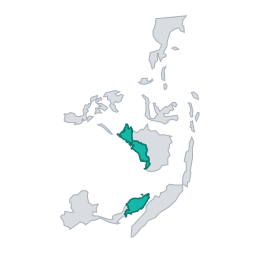 Malaysia shown with its bordering countries, rotated 267°
{"feature_id": "MYS", "entity_name": "Malaysia", "entity_type": "country or territory", "adm_level": 0, "iso_a3": "MYS", "parent_name": "Asia", "parent_adm1": "", "projection": "albers", "projection_center": [110.864, 4.107], "detail": "fine", "context": "with_neighbors", "style": "filled", "palette": "teal", "viewbox_px": 256, "rotation_deg": 267, "n_neighbors": 4, "source": "natural_earth", "source_scale": "50m", "svg_char_len": 10207}
<svg xmlns="http://www.w3.org/2000/svg" viewBox="0 0 256 256"><g transform="rotate(267 128 128)"><path d="M235.7,161.6L237.0,192.0L232.6,188.4L227.7,187.6L226.6,189.0L220.5,189.3L222.4,185.5L225.4,184.1L224.0,179.1L221.5,175.2L212.2,171.6L208.2,171.3L200.9,167.2L199.6,169.5L197.8,170.0L196.7,168.3L196.6,166.2L192.9,164.0L198.0,162.2L201.4,162.2L200.9,161.0L194.0,161.1L192.0,158.4L187.7,157.6L185.7,155.3L192.0,154.0L194.4,152.4L202.1,154.2L204.5,163.5L209.5,166.1L213.3,161.0L218.6,158.0L222.9,157.9L230.6,160.9L235.7,161.6ZM160.0,193.1L160.6,195.4L157.5,198.9L153.4,200.0L152.8,199.4L155.3,195.0L160.0,193.1ZM204.0,182.8L203.4,179.3L205.2,176.0L206.3,177.3L206.4,179.6L204.0,182.8ZM125.5,132.3L122.8,136.6L126.3,141.1L125.5,143.3L130.9,147.6L125.3,148.2L123.7,151.4L123.9,155.7L119.4,159.0L119.3,163.7L117.5,170.9L116.8,169.2L111.4,171.3L109.5,168.5L106.1,168.2L103.7,166.7L98.1,168.4L96.3,166.2L89.3,165.9L88.6,159.6L86.2,158.3L83.9,154.2L83.3,150.1L83.8,145.7L86.7,142.6L87.4,145.7L90.7,148.4L93.7,147.4L96.8,147.8L99.5,145.4L101.8,145.0L106.3,146.3L110.1,145.2L112.5,138.6L114.3,137.0L115.9,131.6L125.5,132.3ZM180.4,164.2L185.7,165.5L187.5,169.0L183.4,167.2L173.5,167.2L174.5,164.6L180.4,164.2ZM168.6,169.2L165.3,168.4L164.4,166.4L169.2,166.0L170.4,167.6L168.6,169.2ZM173.1,140.9L173.5,143.5L176.3,143.8L176.8,145.8L176.6,149.9L174.1,149.5L173.5,152.4L175.5,154.8L174.2,155.4L172.2,152.5L170.7,146.5L171.5,142.7L173.1,140.9ZM143.5,146.9L154.9,147.2L159.6,143.7L160.4,144.7L156.7,149.5L153.1,150.5L148.6,149.6L136.5,150.7L135.9,154.3L140.2,158.4L142.7,156.2L151.6,154.5L151.2,156.7L149.1,156.0L147.1,158.8L142.9,160.7L147.5,166.7L146.7,168.3L151.0,173.6L151.1,176.7L148.5,178.1L146.6,176.5L148.9,172.7L144.2,174.5L143.0,173.3L143.6,171.4L140.1,168.7L140.4,164.1L137.3,165.6L138.0,177.8L135.0,178.5L132.9,177.1L134.3,172.8L133.5,168.3L131.5,168.3L130.0,165.1L131.9,162.0L134.8,151.1L135.8,149.1L139.8,145.6L143.5,146.9ZM137.6,199.7L131.2,196.6L135.7,195.6L139.9,198.4L139.7,199.6L137.6,199.7ZM142.6,191.7L145.7,191.3L150.0,189.6L149.3,192.1L142.2,193.6L135.8,193.1L135.7,191.4L139.5,190.4L142.6,191.7ZM127.8,191.1L130.7,190.7L131.9,192.6L120.5,194.2L122.1,191.6L124.8,191.5L126.0,189.8L127.8,191.1ZM81.0,182.2L81.6,183.9L90.8,184.3L91.8,182.4L100.7,184.7L102.5,187.7L109.6,188.5L115.5,191.2L110.1,193.0L104.8,191.2L95.5,191.0L81.9,187.9L79.9,188.5L71.2,186.5L70.4,184.5L66.0,184.1L69.3,179.7L75.1,180.0L81.0,182.2ZM61.5,157.1L62.3,160.3L63.9,163.0L67.4,163.4L69.7,166.4L68.5,172.3L68.2,179.5L62.9,179.5L58.9,175.6L52.9,171.7L47.3,165.0L41.4,154.8L37.3,150.8L34.3,143.0L30.1,139.9L27.7,135.8L24.2,133.1L19.3,127.8L19.0,125.4L29.3,126.7L44.0,141.8L48.8,141.9L52.7,145.2L55.4,149.2L59.0,151.4L57.1,155.3L59.8,156.9L61.5,157.1Z" fill="#d9dde1" stroke="#a8b0b8" stroke-width="1"/><path d="M66.0,84.6L61.7,83.9L55.6,84.7L52.6,88.6L53.7,94.3L49.5,92.1L45.5,92.1L46.2,88.4L42.1,88.4L41.7,93.5L37.5,104.5L37.7,107.9L40.8,108.1L42.6,112.5L43.4,116.6L46.0,119.3L48.9,119.9L51.3,122.4L49.7,124.3L46.6,124.8L46.3,122.4L42.4,120.3L41.6,121.1L39.8,119.3L39.0,116.9L34.3,111.9L33.5,114.7L32.7,112.0L34.7,104.6L39.6,95.5L37.9,91.2L37.5,86.4L33.4,80.3L35.0,79.4L36.7,75.4L29.8,64.9L31.8,64.1L34.0,59.1L37.2,59.0L42.6,56.0L44.6,57.5L44.8,60.2L48.0,60.5L46.8,65.3L46.8,69.4L51.8,66.7L53.1,67.5L55.9,67.4L56.8,65.8L60.3,66.2L63.8,69.9L64.1,74.5L67.8,78.6L67.6,82.5L66.0,84.6Z" fill="#d9dde1" stroke="#a8b0b8" stroke-width="1"/><path d="M140.9,94.0L136.5,88.2L140.5,88.3L142.1,90.0L140.9,94.0ZM146.3,105.7L148.4,103.1L148.9,100.2L151.4,99.8L150.7,103.0L154.1,98.4L153.8,102.9L149.2,108.9L146.3,105.7ZM164.3,107.4L166.0,117.3L164.5,121.7L162.7,116.9L160.5,119.3L162.1,122.8L160.8,125.0L155.2,122.4L153.8,118.9L155.2,116.7L152.2,114.5L150.8,116.5L148.5,116.3L145.1,119.0L144.3,117.6L146.1,113.6L151.6,110.4L153.3,112.5L156.8,111.2L157.5,109.1L160.8,108.9L160.5,105.2L164.3,107.4ZM128.2,107.8L122.0,112.3L124.2,109.0L130.4,102.8L132.8,98.1L133.6,101.9L128.2,107.8ZM145.5,66.0L144.8,67.9L146.4,71.2L145.3,75.1L142.5,76.6L141.9,80.4L143.0,84.1L145.4,84.6L147.5,84.0L153.3,86.5L152.9,89.0L154.5,90.1L154.0,92.3L150.4,90.1L148.6,87.6L147.4,89.4L144.4,86.6L140.2,87.4L137.9,86.4L138.1,84.4L139.5,83.2L138.1,82.2L137.5,83.8L135.2,81.2L134.5,79.2L134.3,74.7L136.1,76.2L136.5,69.0L138.0,64.8L140.8,64.8L143.7,66.1L145.1,64.9L145.5,66.0ZM144.6,97.7L143.8,95.5L146.7,96.9L149.6,96.8L149.6,98.8L144.5,102.3L144.6,97.7ZM160.7,93.9L162.1,99.2L158.5,98.0L159.8,102.4L157.6,103.5L157.4,100.2L155.9,100.0L155.2,97.2L157.9,97.5L157.8,95.7L154.9,92.2L159.4,92.2L160.7,93.9Z" fill="#d9dde1" stroke="#a8b0b8" stroke-width="1"/><path d="M113.9,126.2L113.5,131.6L111.2,131.4L110.2,133.0L108.1,130.6L113.9,126.2Z" fill="#d9dde1" stroke="#a8b0b8" stroke-width="1"/><path d="M124.0,132.2L123.8,132.2L123.4,132.1L122.6,131.6L121.8,131.4L120.5,131.4L119.9,131.3L119.6,131.4L119.3,131.4L119.2,131.3L118.5,131.6L118.3,131.5L118.1,131.4L117.7,131.3L117.2,131.4L116.7,131.7L116.1,131.4L115.9,131.4L115.8,131.5L115.5,131.8L115.1,132.1L114.8,132.7L114.7,133.2L114.5,133.3L114.5,134.3L114.4,134.8L114.6,135.4L114.5,135.7L114.3,136.1L114.2,136.8L114.2,137.0L114.0,137.6L113.7,137.8L113.3,137.8L113.0,137.7L112.8,137.9L112.4,138.3L112.3,138.6L112.3,138.8L112.3,139.1L112.3,139.5L112.5,139.6L112.7,139.9L112.7,140.1L112.3,140.4L111.7,140.9L111.1,141.3L110.9,141.4L110.8,141.5L110.8,141.8L110.9,142.3L111.0,142.5L111.0,143.0L110.7,143.2L110.5,143.3L110.4,143.4L110.3,144.0L110.2,144.4L109.9,144.8L109.8,145.1L109.6,145.1L109.0,144.9L108.5,145.1L107.8,145.2L107.2,145.1L106.7,145.2L106.4,145.5L106.0,145.8L105.7,146.1L105.4,146.2L104.9,145.8L104.6,145.9L104.1,145.8L102.8,145.3L102.5,145.3L102.4,145.1L102.4,144.7L102.2,144.6L100.0,144.7L99.3,144.9L98.9,145.0L98.6,145.2L98.5,145.7L98.3,146.2L98.1,146.6L97.3,146.8L96.8,147.3L96.6,147.3L96.3,147.3L95.9,147.2L95.6,147.3L95.3,147.3L94.3,147.1L93.5,147.1L92.7,147.2L91.2,147.9L90.6,148.0L90.4,147.9L90.1,147.6L89.7,147.3L88.8,146.4L88.4,146.2L88.2,146.0L88.0,145.7L87.7,145.4L87.4,145.2L87.0,144.8L86.6,144.4L86.5,143.6L86.2,143.5L86.1,143.3L86.1,143.1L86.5,142.5L86.8,143.1L86.9,143.3L87.6,143.7L88.2,143.9L88.8,144.0L89.4,144.0L89.7,144.0L89.9,143.9L90.1,144.0L91.4,144.7L91.9,144.9L92.5,144.8L93.4,145.4L93.7,145.5L94.0,145.4L93.3,145.0L93.1,144.7L93.2,144.3L93.5,144.1L93.7,143.8L93.8,143.1L93.9,142.7L94.2,142.3L94.2,141.9L94.0,141.7L93.9,141.2L94.0,140.8L94.1,140.5L94.6,140.9L94.9,140.8L95.1,140.8L95.1,140.6L95.1,140.2L95.1,139.6L95.4,139.1L95.9,138.7L96.4,138.5L98.3,138.3L101.2,137.5L102.0,137.2L102.4,137.1L102.6,136.9L103.1,136.2L103.9,135.2L104.5,134.3L105.8,133.1L106.8,131.9L106.9,131.7L107.1,131.1L107.1,130.8L107.0,130.5L107.2,130.4L107.4,130.3L107.6,130.4L107.9,130.6L108.2,130.8L108.4,131.1L108.5,131.4L108.5,131.6L108.7,131.8L109.1,131.9L109.2,132.1L109.5,132.5L109.8,132.8L110.0,133.0L110.2,132.9L110.6,132.6L110.8,132.3L111.0,131.8L110.8,131.7L111.0,131.4L111.1,131.2L110.9,130.9L110.7,129.9L110.6,129.7L110.8,129.5L111.2,129.3L111.6,129.0L112.0,128.8L112.0,129.8L112.1,130.3L112.3,131.2L112.6,131.3L113.0,131.4L113.4,131.3L113.2,130.9L113.1,130.1L112.9,129.5L112.6,129.0L112.5,128.8L113.6,128.6L113.8,128.5L114.3,128.1L114.4,127.9L114.6,127.4L114.0,127.1L113.8,126.8L113.8,126.4L114.4,125.6L114.7,125.5L114.8,125.7L115.0,125.8L115.3,125.8L115.6,125.8L115.9,125.4L116.1,124.9L116.8,124.1L117.0,123.5L117.2,122.9L118.8,121.1L119.0,120.8L120.0,118.9L120.4,119.0L120.5,119.6L120.5,119.9L120.3,120.3L120.2,120.7L120.3,120.7L120.8,120.4L121.3,119.8L121.6,119.2L121.8,118.9L122.3,119.1L122.3,119.6L122.4,119.8L122.6,120.3L123.0,120.6L123.5,120.8L124.1,121.1L124.2,121.3L124.4,121.5L124.5,121.8L124.5,122.2L124.1,122.6L124.3,123.2L124.3,123.5L124.1,123.8L123.6,124.1L125.1,123.8L125.4,123.6L125.9,123.2L126.2,123.6L126.5,124.1L126.3,124.3L125.6,124.5L125.8,124.9L126.1,124.9L126.6,124.6L127.1,124.3L127.3,124.3L127.6,124.4L128.1,124.6L128.4,124.8L128.6,125.0L128.7,125.4L129.3,125.6L130.5,126.2L130.9,126.2L131.5,126.1L131.9,126.4L131.9,126.7L131.9,127.0L131.7,127.4L131.3,127.7L130.3,128.1L129.1,128.4L128.6,128.4L127.8,128.1L127.5,128.2L127.2,128.3L126.9,129.0L127.5,129.8L128.6,130.6L128.8,130.8L128.8,131.0L128.6,131.1L128.3,131.2L127.7,131.4L127.1,131.5L126.6,131.6L126.0,131.8L125.5,131.7L124.8,131.4L124.6,131.4L124.3,131.5L124.1,132.0L124.0,132.2ZM41.8,121.2L42.0,120.3L42.1,120.1L42.5,120.1L42.8,120.7L43.9,121.1L44.2,121.2L44.6,121.1L44.8,121.2L44.9,121.3L45.0,121.8L45.3,122.2L45.9,122.1L46.0,122.2L46.3,122.6L46.3,123.2L46.2,123.6L45.8,124.1L45.8,124.4L46.0,124.7L46.3,124.9L46.4,125.1L46.6,125.1L46.8,124.9L47.0,124.6L47.1,124.4L47.8,124.1L48.5,123.8L48.7,124.0L48.9,124.4L49.1,124.4L49.3,124.5L49.6,124.4L50.0,124.2L50.2,123.8L50.3,123.5L50.9,123.0L50.9,122.5L51.1,122.3L51.9,122.5L52.2,122.6L53.1,124.1L54.3,125.1L54.8,125.5L55.2,125.7L55.7,126.3L56.2,127.0L57.2,128.9L57.4,129.8L57.4,131.1L57.2,133.1L56.9,134.0L57.0,134.5L57.3,135.2L57.2,135.9L57.3,136.5L57.2,138.0L57.5,138.5L57.7,138.8L59.0,139.7L59.1,140.0L59.7,141.2L60.9,143.8L61.2,144.9L61.2,145.2L61.0,145.4L60.7,145.5L60.4,145.2L60.3,144.9L60.2,144.7L59.9,144.4L59.7,144.2L59.8,144.6L59.8,145.0L59.4,145.1L59.0,144.9L58.4,145.0L57.7,145.6L57.4,145.6L57.1,145.1L57.0,144.8L56.8,144.6L54.6,143.4L53.8,143.1L53.0,142.2L51.1,141.2L49.9,140.2L49.4,139.6L48.2,139.1L47.6,138.5L47.4,138.3L47.1,138.1L47.4,137.5L47.3,136.9L47.1,136.4L46.3,135.3L45.9,134.6L45.1,133.9L44.7,133.5L44.4,133.0L44.6,132.8L44.8,132.7L44.6,132.4L44.2,131.7L44.0,131.0L44.0,129.7L43.4,127.8L42.8,125.3L42.9,124.4L42.8,123.4L42.4,122.4L41.9,121.8L41.8,121.2ZM121.8,118.0L121.6,118.2L121.5,117.9L121.5,117.6L121.9,117.2L122.4,117.1L122.5,117.4L122.4,117.7L122.3,117.9L121.8,118.0ZM40.5,121.1L40.8,121.6L40.7,121.8L40.4,121.8L40.2,122.0L39.8,121.7L39.6,121.5L39.5,121.3L39.8,121.3L40.0,121.3L40.4,121.2L40.5,121.1ZM94.8,140.6L94.7,140.7L94.4,140.5L94.4,139.1L94.6,139.0L94.8,139.2L94.8,139.9L94.8,140.4L94.8,140.6ZM42.5,126.7L42.4,126.8L42.0,126.7L42.1,125.9L42.3,125.8L42.6,126.0L42.5,126.7ZM125.5,132.1L124.8,132.2L124.4,132.2L124.4,131.8L124.6,131.7L124.9,131.8L125.5,132.1ZM60.9,139.0L60.7,139.0L60.5,138.8L60.7,138.4L60.8,138.3L60.9,138.8L60.9,139.0ZM47.2,137.6L47.0,137.4L47.3,137.4L47.2,137.6Z" fill="#14b8a6" stroke="#0f766e" stroke-width="1.5"/></g></svg>